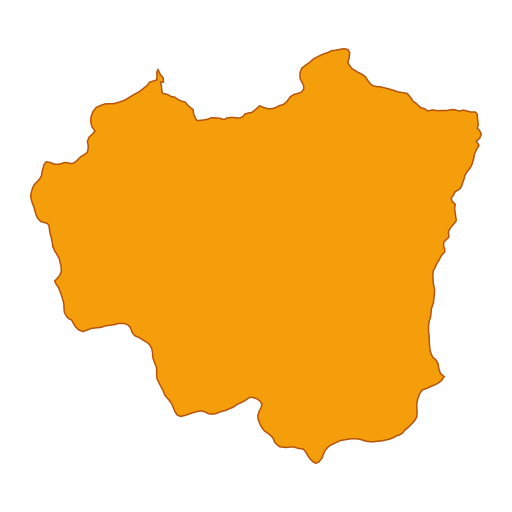 the district of Rio Paranaíba, Minas Gerais, Brazil
{"feature_id": "56859067B47989676125638", "entity_name": "Rio Paranaíba", "entity_type": "district", "adm_level": 2, "iso_a3": "BRA", "parent_name": "Brazil", "parent_adm1": "Minas Gerais", "projection": "orthographic", "projection_center": [-46.305, -19.247], "detail": "fine", "context": "isolated", "style": "filled", "palette": "amber", "viewbox_px": 512, "rotation_deg": 0, "n_neighbors": 0, "source": "geoboundaries", "source_scale": "gbopen_adm2", "svg_char_len": 4819}
<svg xmlns="http://www.w3.org/2000/svg" viewBox="0 0 512 512"><path d="M349.3,65.0L347.8,62.4L349.1,57.7L349.7,52.5L347.9,49.6L344.2,48.7L339.7,49.4L336.1,50.2L331.5,50.7L328.4,52.3L325.6,53.3L322.4,54.4L318.7,56.2L314.8,58.2L312.3,59.9L309.4,62.5L305.2,65.5L301.6,68.4L300.0,72.8L300.0,78.3L301.6,81.6L303.4,84.9L303.9,88.7L301.6,92.0L298.2,93.4L293.8,94.5L290.5,96.6L288.2,99.7L286.2,102.3L282.8,104.7L279.4,105.6L276.2,107.3L272.3,108.6L268.3,108.9L265.5,108.0L262.7,107.2L259.7,105.7L257.0,108.2L254.3,110.6L251.7,112.5L248.5,113.0L245.1,113.9L242.8,116.6L239.6,118.1L236.4,117.8L231.7,117.4L227.3,117.9L224.1,119.6L220.0,118.3L215.3,117.9L211.6,117.7L207.3,119.3L203.9,120.0L199.5,120.4L196.7,120.5L195.3,117.8L193.6,113.8L193.2,109.8L189.7,107.0L187.0,104.4L185.1,102.0L181.7,101.2L178.2,99.6L174.4,97.0L171.2,96.6L168.5,94.9L165.8,94.0L162.6,93.4L161.7,90.4L161.5,86.2L160.5,82.0L163.4,82.1L163.3,78.1L160.3,74.5L158.0,69.6L156.8,72.3L157.0,76.1L156.8,79.8L153.5,81.0L149.7,82.1L147.1,85.5L143.7,88.2L141.3,90.2L138.0,92.4L134.5,94.2L131.0,96.3L127.4,98.6L124.7,100.1L121.1,101.5L116.9,102.8L113.7,103.7L109.7,103.7L105.1,103.9L100.8,105.4L96.2,107.5L93.1,111.4L91.9,114.4L91.0,117.4L90.7,121.8L92.0,126.8L95.0,131.2L91.8,134.6L88.7,137.7L87.4,141.9L88.2,145.4L88.1,149.1L87.2,152.4L84.4,154.5L80.5,156.9L78.3,159.2L76.2,161.3L73.3,163.3L70.2,163.5L67.2,162.6L64.4,162.6L61.1,163.7L56.9,164.4L53.5,163.9L50.3,162.5L46.3,161.8L44.2,164.3L43.0,168.4L42.0,172.0L41.5,175.7L39.6,179.0L37.2,181.6L34.3,184.6L32.7,187.7L31.5,191.7L30.7,195.3L31.2,199.3L32.6,203.9L34.2,207.7L34.9,211.0L36.0,214.5L37.8,218.5L40.9,221.6L44.4,222.6L47.4,223.4L49.1,226.0L49.4,229.3L50.0,233.0L51.3,237.7L52.3,242.6L52.8,246.5L54.5,250.5L57.1,254.8L59.1,258.1L59.9,261.7L61.1,266.3L61.3,271.9L59.3,276.0L57.0,278.6L54.7,281.0L56.1,284.0L58.5,287.6L60.3,292.0L61.8,296.3L63.1,300.6L63.9,304.3L64.0,308.3L64.4,312.3L66.4,316.2L68.7,318.7L71.6,319.9L73.0,322.7L75.7,327.0L78.7,329.9L83.0,331.6L87.2,330.0L91.0,328.5L96.0,327.8L101.0,327.4L105.1,325.9L110.1,325.3L114.5,324.6L118.2,323.5L121.3,323.4L124.5,323.6L127.2,324.4L130.2,327.2L131.3,330.0L132.4,332.9L135.0,335.8L139.6,337.8L142.0,339.4L145.0,341.2L147.8,342.9L149.9,345.1L151.7,348.5L152.5,352.5L152.9,357.8L154.3,361.9L156.5,367.4L156.7,372.8L156.7,376.8L157.4,379.8L158.9,382.5L160.4,385.6L163.1,390.6L164.6,394.8L167.0,397.7L169.4,400.5L171.9,404.2L173.4,407.9L174.9,411.5L177.3,415.1L180.6,416.4L185.2,415.4L189.5,413.9L193.4,412.5L197.1,411.6L200.9,410.9L204.6,411.6L208.2,413.6L211.4,414.1L215.8,413.7L219.9,412.0L222.6,411.1L225.6,410.4L228.7,409.1L231.5,407.9L234.1,406.6L237.3,404.3L241.0,402.7L244.2,401.0L246.8,399.3L249.3,397.5L252.2,397.3L256.7,398.7L260.2,401.2L261.9,404.3L261.0,408.1L259.4,410.7L257.8,415.6L258.2,419.4L259.9,423.9L261.7,427.4L264.5,431.0L267.9,433.3L270.5,435.4L273.0,438.1L274.5,441.8L276.6,444.4L279.8,446.8L285.7,447.5L290.1,447.0L293.8,447.0L298.9,448.5L303.1,449.0L305.6,451.7L307.8,455.6L310.4,459.3L312.7,461.5L315.5,463.3L318.7,462.1L321.8,458.4L323.3,454.5L325.0,450.7L327.4,447.7L329.9,445.5L332.8,444.1L336.2,442.5L340.2,440.6L345.2,439.7L348.5,439.2L351.9,438.7L357.8,438.9L361.7,439.8L366.0,441.2L370.0,441.7L373.7,441.8L377.4,441.2L380.9,441.0L384.7,440.2L389.5,439.2L393.8,437.4L396.6,435.8L399.3,435.0L402.3,433.2L404.7,430.3L408.6,427.0L412.3,423.3L414.7,420.5L416.7,417.0L417.1,412.4L416.8,408.1L416.8,403.2L417.8,398.7L419.6,393.8L422.4,389.9L426.7,388.4L431.0,386.4L435.3,384.6L438.0,383.2L441.5,380.5L444.2,376.6L440.5,373.6L438.8,368.6L437.9,363.2L435.8,359.8L432.9,357.4L431.2,354.1L429.9,349.6L429.5,345.0L429.3,341.1L429.2,337.0L428.6,331.5L428.5,325.8L429.2,321.0L430.6,316.8L431.1,312.2L431.4,308.5L432.6,305.2L433.5,302.5L433.8,299.2L434.5,293.1L434.5,288.5L433.6,285.2L433.1,280.5L432.8,275.2L433.3,270.7L435.1,267.6L436.7,263.6L438.7,260.8L440.4,257.3L441.9,254.8L444.7,252.1L444.7,248.8L443.5,246.1L443.9,242.1L446.0,239.8L448.9,237.2L448.4,231.7L450.8,227.3L453.8,224.0L456.2,220.8L455.8,217.3L455.2,212.8L454.6,208.3L455.3,204.4L452.1,201.2L451.2,198.0L453.2,195.5L455.3,191.6L458.7,189.7L460.9,187.7L462.4,183.6L463.8,179.6L465.0,175.3L466.9,171.9L469.8,168.4L471.7,165.1L472.6,162.3L473.7,158.5L474.2,155.3L475.1,152.4L476.9,148.7L479.0,145.5L476.4,141.0L479.6,138.4L481.3,134.2L479.4,130.2L477.3,128.3L478.2,125.0L477.9,121.5L477.4,117.6L477.3,114.3L475.3,112.0L470.8,112.0L466.9,111.0L463.4,110.1L459.1,111.1L454.8,109.7L451.1,109.7L447.1,110.5L442.9,110.5L437.0,110.7L432.7,109.9L427.5,111.0L424.7,108.7L421.2,107.9L418.2,105.4L416.1,103.3L413.1,101.2L410.3,97.2L407.1,93.4L401.4,92.5L397.6,91.8L393.6,90.3L389.4,89.1L385.9,88.2L381.3,87.0L377.0,86.6L374.1,86.1L371.3,84.7L368.1,81.0L365.6,77.0L362.2,74.4L357.8,72.2L354.5,70.2L351.8,68.5L349.3,65.0Z" fill="#f59e0b" stroke="#b45309" stroke-width="1.5"/></svg>